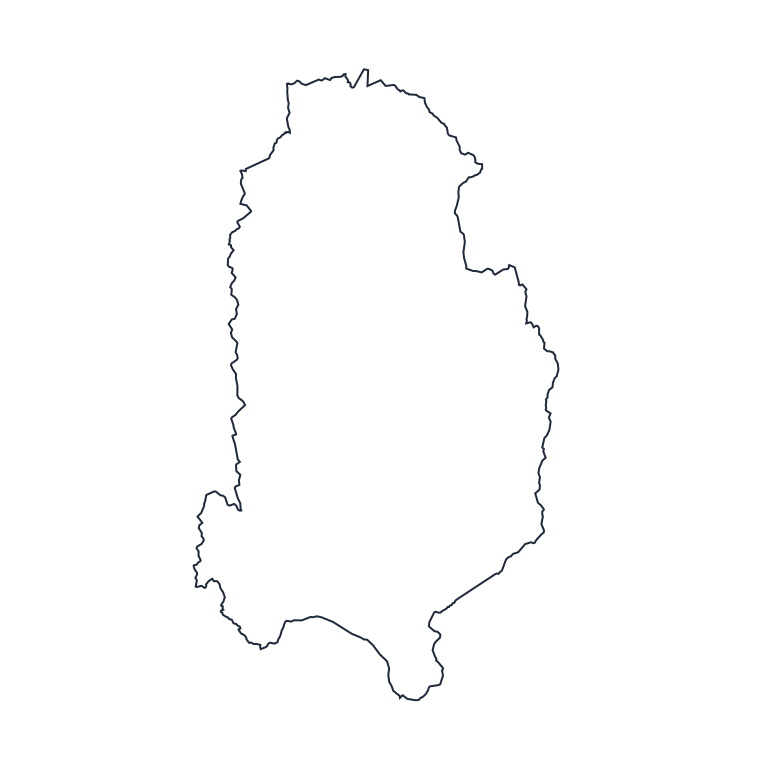 outline of KBang, Gia Lai, Vietnam, rotated 194°
{"feature_id": "81297802B35293124334630", "entity_name": "KBang", "entity_type": "district", "adm_level": 2, "iso_a3": "VNM", "parent_name": "Vietnam", "parent_adm1": "Gia Lai", "projection": "albers", "projection_center": [108.483, 14.301], "detail": "fine", "context": "isolated", "style": "outline", "palette": "slate", "viewbox_px": 768, "rotation_deg": 194, "n_neighbors": 0, "source": "geoboundaries", "source_scale": "gbopen_adm2", "svg_char_len": 6151}
<svg xmlns="http://www.w3.org/2000/svg" viewBox="0 0 768 768"><g transform="rotate(194 384 384)"><path d="M574.9,556.1L572.6,553.2L571.1,549.8L572.0,548.1L571.4,543.8L565.3,535.5L565.2,534.0L566.1,532.3L566.9,527.1L566.9,524.0L560.5,524.1L554.8,519.7L554.8,519.0L560.7,510.7L565.4,506.7L565.4,505.4L561.9,501.6L562.5,500.0L564.3,498.5L565.5,496.5L568.0,494.5L569.4,491.4L568.5,488.4L568.9,486.7L568.1,485.0L568.3,481.9L566.0,481.6L565.6,479.7L562.3,477.5L564.3,472.9L564.3,470.9L565.6,467.9L564.4,461.7L563.1,460.4L559.2,459.8L558.5,458.4L558.7,454.9L553.8,451.6L554.3,448.3L556.0,445.2L556.7,440.8L554.9,439.5L554.4,438.4L553.8,433.6L549.9,432.2L548.3,431.1L546.8,429.7L544.5,425.6L545.7,420.9L543.7,416.3L544.6,411.2L547.3,409.8L549.2,404.6L544.5,400.2L544.9,396.5L542.7,392.5L537.3,389.4L536.1,388.0L535.7,379.0L533.5,376.6L532.1,373.4L532.6,372.0L537.0,366.9L537.0,365.2L534.2,361.6L530.0,357.9L529.2,354.1L525.7,346.6L523.5,337.3L521.5,335.2L517.5,333.6L515.8,332.3L513.7,329.9L518.7,322.3L520.6,318.1L523.5,314.8L523.9,313.5L520.0,307.4L519.3,305.3L515.4,299.9L515.4,299.2L518.5,297.3L518.5,296.7L513.9,289.3L507.6,275.4L505.0,273.6L507.8,270.3L507.9,269.1L506.1,263.7L501.4,261.1L501.5,255.7L499.9,251.0L502.9,249.0L503.6,247.7L503.4,246.5L498.0,237.5L494.6,233.6L493.2,229.0L491.9,226.7L493.3,226.2L495.3,226.8L497.7,230.0L500.3,231.4L504.5,228.6L506.6,229.0L510.7,235.6L513.1,236.6L516.0,236.5L521.2,239.0L522.9,238.6L529.6,233.3L529.2,227.2L529.6,224.0L529.0,222.6L530.1,214.8L532.9,210.2L526.7,205.4L529.0,202.3L528.9,199.4L524.6,195.2L524.3,192.3L522.0,190.5L521.1,189.0L522.1,184.9L525.9,181.1L526.2,179.9L525.9,178.9L523.4,176.8L522.4,172.5L519.2,168.6L519.6,167.3L521.2,165.7L522.0,163.4L524.4,162.4L524.7,161.3L523.1,158.6L519.6,155.4L519.4,153.5L520.1,150.3L518.1,148.2L517.7,141.8L516.2,141.9L512.3,144.0L509.1,142.9L508.1,143.0L507.5,145.0L508.2,146.5L506.5,150.2L503.6,153.5L501.3,151.5L498.6,152.3L497.2,151.7L495.1,149.9L493.3,146.3L489.7,142.9L486.9,138.7L487.2,134.1L488.6,130.0L488.0,129.3L486.6,129.2L486.4,127.2L485.3,126.2L487.3,124.6L487.3,123.5L485.6,122.9L484.6,121.2L480.6,119.8L478.7,119.7L477.4,118.4L474.8,118.6L472.1,115.4L469.1,115.3L467.6,114.2L465.1,113.6L464.2,112.0L465.7,110.9L465.7,110.3L462.3,107.4L458.3,106.3L456.1,104.3L455.8,103.1L452.2,100.2L450.6,100.9L447.6,100.2L444.6,101.0L440.8,100.9L440.7,99.3L439.5,96.9L435.0,100.1L433.8,101.7L433.7,103.5L432.4,105.3L427.1,105.7L424.9,107.8L424.8,110.5L423.7,114.6L423.6,120.4L422.7,123.4L422.8,126.0L422.2,129.4L421.4,130.6L416.8,131.0L414.1,133.0L406.7,134.7L398.9,140.2L396.6,140.5L392.9,142.4L388.0,142.5L376.0,140.8L354.7,133.8L345.2,132.4L341.5,131.3L338.5,131.8L331.5,127.9L322.6,120.6L314.0,115.7L310.2,109.3L309.5,103.0L307.0,96.4L304.1,93.5L300.6,88.4L293.4,85.2L292.6,83.3L290.6,86.5L285.2,84.1L277.1,84.8L274.0,85.7L272.4,88.5L270.7,89.7L268.4,93.3L267.2,97.3L267.0,100.3L266.2,101.8L258.3,105.0L256.8,106.2L256.2,115.2L258.4,120.1L257.8,121.6L258.1,122.6L264.5,127.4L266.5,128.2L266.8,130.2L268.3,131.6L272.4,137.4L272.5,143.2L271.7,145.9L268.4,151.3L268.6,154.3L270.9,156.0L272.4,156.5L275.4,156.4L281.8,159.7L282.4,163.9L280.0,174.5L279.0,175.5L275.7,175.3L273.7,176.0L272.9,177.5L269.0,181.2L268.4,183.0L266.9,183.4L266.5,185.0L265.0,185.7L264.3,188.0L262.8,188.7L262.3,191.2L260.0,193.9L230.0,226.5L228.4,227.5L226.8,227.6L226.0,229.6L224.5,231.2L223.1,243.5L221.1,246.3L219.3,247.3L217.7,250.4L213.1,253.2L208.3,262.8L203.1,266.0L200.5,265.7L199.4,266.3L198.6,269.2L194.9,276.2L193.1,278.4L193.3,280.6L197.4,286.2L197.8,294.0L199.0,295.9L199.6,298.8L198.5,300.2L198.8,301.4L202.6,304.4L205.9,306.0L210.8,314.5L207.7,318.9L207.6,320.0L208.3,323.7L209.6,325.5L210.1,331.2L212.6,334.9L213.0,339.7L211.8,348.0L209.3,351.5L213.2,357.3L213.1,359.5L215.1,360.7L215.3,370.2L213.6,373.4L212.4,379.5L213.2,387.8L215.9,391.2L215.3,395.8L220.3,397.5L220.9,398.3L220.8,399.9L221.8,402.1L222.4,406.8L223.2,408.3L222.0,410.5L222.8,413.3L222.4,418.1L219.7,421.7L220.4,425.9L219.8,430.8L218.3,433.4L218.2,440.1L220.4,446.0L224.1,450.1L224.7,453.2L226.5,454.2L227.4,455.5L231.3,455.8L233.5,455.3L237.3,457.0L238.2,462.8L239.8,463.8L240.3,465.2L244.1,469.0L245.5,469.5L246.9,475.4L248.4,477.2L250.4,477.4L252.5,475.2L254.9,478.3L256.7,479.4L260.7,477.2L260.7,479.9L261.5,481.8L261.4,484.1L262.3,488.6L266.0,493.8L266.9,503.4L269.1,507.3L268.7,510.4L273.8,514.1L275.8,512.5L277.0,512.8L278.1,515.8L285.4,528.8L291.3,529.7L291.1,527.1L291.7,525.6L296.0,523.9L302.6,517.0L304.5,517.8L306.2,520.3L310.4,521.1L311.7,520.8L316.2,515.9L321.8,515.9L325.0,515.2L332.0,515.9L332.8,518.6L336.6,525.3L338.8,530.8L339.9,541.3L342.3,547.4L343.1,548.7L346.7,550.3L352.6,563.3L353.9,565.1L356.5,566.7L357.1,569.3L356.5,574.5L356.6,583.4L358.2,587.8L358.9,593.4L356.3,597.7L353.3,600.5L351.8,605.1L349.8,605.6L347.5,607.1L346.1,608.6L344.3,609.5L341.9,612.5L341.7,615.6L340.8,616.5L342.0,621.0L346.2,620.4L349.0,621.2L349.9,624.5L351.5,626.9L352.8,627.7L358.3,628.7L360.8,626.2L364.9,626.6L367.3,629.6L367.9,632.5L372.5,637.8L373.8,640.7L380.2,640.9L381.6,641.5L382.7,642.6L385.0,648.0L387.6,649.6L388.1,650.7L391.7,651.5L396.8,655.2L400.7,656.5L402.2,658.1L405.4,658.8L407.0,661.4L409.5,663.3L412.2,666.7L414.0,671.2L419.1,671.0L422.6,672.4L430.2,671.0L431.0,671.7L433.0,671.5L436.0,673.5L437.1,673.4L438.9,671.8L440.1,672.9L442.0,673.2L445.2,676.1L446.7,676.6L454.5,673.6L460.7,678.0L472.1,669.1L475.3,684.7L479.6,684.5L485.0,664.8L485.6,664.2L486.8,663.9L488.7,665.0L488.8,666.7L490.0,668.2L492.3,668.2L492.3,670.0L495.9,673.1L496.3,675.5L498.2,674.5L498.6,672.9L500.5,671.5L505.7,670.1L508.9,668.3L509.8,665.9L515.4,666.4L517.5,663.7L518.9,663.3L520.8,663.7L532.1,655.1L536.8,655.5L539.0,657.1L541.7,657.3L543.7,654.2L546.0,652.5L549.0,652.1L549.8,652.5L550.8,651.6L549.1,647.3L548.8,644.8L546.0,636.3L544.4,633.5L543.9,628.7L541.2,624.3L542.6,618.2L539.1,610.5L536.8,607.5L536.1,605.0L537.6,605.4L539.9,604.7L539.9,604.0L540.6,604.1L542.0,601.7L542.9,601.2L544.2,598.3L546.0,596.9L546.8,595.4L546.8,592.0L548.2,591.0L548.5,586.6L547.7,584.1L550.0,578.5L550.0,575.3L570.1,559.2L569.6,557.1L574.1,556.7L574.9,556.1Z" fill="none" stroke="#1e293b" stroke-width="2"/></g></svg>